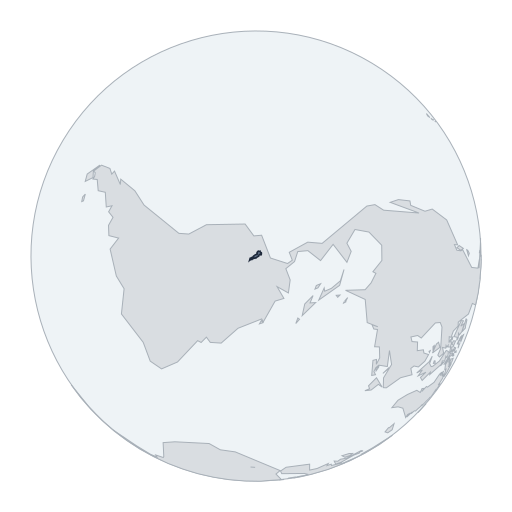 Putumayo highlighted on a globe, orthographic projection, rotated 121°
{"feature_id": "COL-1407", "entity_name": "Putumayo", "entity_type": "Intendancy", "adm_level": 1, "iso_a3": "COL", "parent_name": "Colombia", "parent_adm1": "", "projection": "orthographic", "projection_center": [-75.67, 0.437], "detail": "fine", "context": "on_globe", "style": "filled", "palette": "slate", "viewbox_px": 512, "rotation_deg": 121, "n_neighbors": 0, "source": "natural_earth", "source_scale": "10m", "svg_char_len": 8956}
<svg xmlns="http://www.w3.org/2000/svg" viewBox="0 0 512 512"><g transform="rotate(121 256 256)"><circle cx="256" cy="256" r="225" fill="#eef3f6" stroke="#a8b0b8"/><path d="M163.7,50.5L165.0,50.1L172.9,46.6L184.9,42.6L185.2,46.1L196.3,44.0L208.5,48.6L211.9,46.7L218.7,48.2L225.2,46.9L225.6,48.8L230.4,46.2L228.8,44.7L230.3,43.3L234.0,42.6L235.1,44.6L233.5,45.3L235.7,45.6L234.8,47.0L237.3,45.9L238.3,49.0L242.7,45.1L248.1,46.8L247.3,49.1L240.3,50.0L221.1,60.0L218.1,63.8L221.0,67.8L241.2,72.1L240.9,76.5L245.6,81.5L249.0,78.2L246.5,73.2L254.1,69.0L250.2,64.2L252.7,62.1L251.6,57.3L259.3,57.1L267.5,59.7L268.9,63.9L272.6,65.4L277.4,61.1L285.9,69.4L301.9,76.4L303.3,79.1L294.8,83.9L279.2,83.9L268.3,92.9L283.1,86.5L286.3,94.5L290.0,95.8L294.3,95.4L296.2,92.4L298.8,95.3L285.2,102.0L282.6,99.4L286.9,97.1L279.6,97.5L270.4,103.4L272.7,107.6L256.4,114.0L257.9,117.4L255.2,121.1L253.9,115.1L255.8,126.4L237.0,140.0L239.3,161.6L228.7,145.1L219.8,143.5L209.1,144.3L209.3,147.7L195.0,145.8L182.0,153.8L177.3,171.5L182.3,184.8L198.2,184.7L203.0,176.8L214.6,174.8L206.3,195.9L226.7,198.3L224.7,214.3L230.7,222.5L240.9,220.1L251.5,223.9L258.9,214.4L271.0,209.2L271.4,222.2L278.0,210.2L284.8,216.4L308.8,215.8L307.0,218.7L327.2,234.2L348.6,241.0L353.6,250.7L351.1,256.7L358.4,258.5L358.6,262.4L387.3,268.7L401.4,278.8L400.6,292.5L388.1,308.2L375.0,341.5L352.0,352.2L345.1,365.4L325.2,384.6L311.4,383.0L314.3,392.6L305.7,398.2L296.5,398.5L294.0,405.1L287.1,405.3L291.1,409.6L279.0,418.0L281.3,424.9L272.2,431.5L274.0,435.4L270.9,435.3L267.4,436.7L266.8,438.9L257.7,435.2L256.2,426.3L260.1,421.8L256.1,421.0L264.6,409.1L259.8,411.5L262.5,393.4L270.0,378.2L276.3,333.8L271.8,324.9L254.7,314.6L234.2,281.8L239.9,268.2L235.3,261.9L250.3,242.6L246.2,225.1L240.9,222.7L235.7,229.4L217.5,218.8L211.1,205.8L156.1,186.7L150.7,180.5L151.0,170.2L135.2,138.4L140.9,168.6L134.3,163.0L129.5,152.4L132.9,149.5L130.6,134.2L125.0,129.1L126.9,111.1L142.6,88.9L144.0,91.8L147.6,86.8L146.1,83.1L144.2,82.0L154.7,65.2L152.1,59.5L143.9,62.8L151.5,58.6L131.0,69.4L124.9,72.8L136.3,66.0L141.0,63.2L139.1,63.6L143.5,61.0L145.1,59.9L150.5,57.0L156.8,54.0L160.4,52.2L158.8,52.8L161.2,51.6L163.7,50.5ZM46.1,183.3L47.8,178.2L47.5,181.1L46.1,183.3ZM48.3,175.5L47.8,177.1L48.1,175.8L48.3,175.5ZM48.3,174.7L48.3,175.3L48.0,175.1L48.3,174.7ZM47.9,174.3L48.2,174.3L48.1,174.5L47.9,174.3ZM238.1,169.2L261.5,179.5L248.3,181.1L250.8,179.0L244.9,174.7L233.8,170.9L222.2,173.6L238.1,169.2ZM48.2,172.2L48.3,171.5L48.7,171.0L48.2,172.2ZM248.4,156.7L244.4,156.0L248.4,155.8L248.4,156.7ZM142.7,82.2L145.6,83.4L145.4,88.0L142.4,87.2L142.7,82.2ZM143.8,74.6L146.4,74.0L142.1,78.6L142.0,77.5L143.8,74.6ZM137.1,66.3L138.6,66.0L135.6,67.3L137.1,66.3ZM144.3,60.4L142.5,61.4L142.8,61.2L144.3,60.4ZM247.4,57.9L249.4,57.6L248.6,58.6L247.4,57.9ZM244.9,56.2L242.5,57.6L240.9,57.1L242.5,56.2L244.9,56.2ZM248.3,54.8L238.5,56.0L235.9,55.1L239.6,51.3L248.3,54.8ZM226.7,44.7L228.6,46.1L223.6,45.7L226.7,44.7ZM223.1,44.8L205.7,46.8L204.7,44.8L210.7,44.3L206.7,42.7L214.8,40.6L218.8,41.0L217.9,42.6L221.7,40.7L223.1,44.8ZM230.5,42.7L227.1,43.1L226.0,41.2L232.7,40.2L230.9,41.0L230.5,42.7ZM201.7,43.5L202.1,42.3L208.8,40.1L209.8,39.4L214.9,40.4L201.7,43.5ZM233.0,41.1L236.1,39.8L240.0,40.1L233.8,42.2L233.0,41.1ZM222.9,41.3L222.7,40.5L225.0,40.5L222.9,41.3ZM255.3,41.3L251.2,41.3L250.3,40.3L255.3,41.3ZM237.0,39.3L235.7,39.2L234.9,38.9L237.7,38.2L237.0,39.3ZM219.3,39.0L222.0,38.6L217.5,38.5L222.3,37.3L224.9,38.3L225.8,37.3L227.3,37.0L227.7,38.3L219.3,39.0ZM238.0,36.7L242.9,38.2L250.7,38.1L251.7,38.9L239.0,39.0L238.0,36.7ZM231.9,37.5L235.9,37.1L235.2,38.1L232.0,38.9L231.9,37.5ZM224.7,36.2L216.6,37.8L216.3,37.6L224.7,36.2ZM240.4,36.4L239.2,36.1L241.1,36.3L240.4,36.4ZM229.7,35.9L226.9,36.4L226.6,36.2L229.7,35.9ZM239.0,35.3L240.6,35.6L238.5,36.1L239.0,35.3ZM234.9,35.4L235.2,34.9L236.8,36.1L233.7,35.6L234.9,35.4ZM229.9,35.6L228.8,35.6L231.1,35.5L229.9,35.6ZM246.1,33.6L248.7,34.9L244.0,35.8L242.2,34.3L246.1,33.6ZM272.7,442.9L258.4,436.6L266.5,439.4L272.7,436.1L280.0,440.8L272.7,442.9ZM290.8,434.2L297.6,432.3L299.1,433.4L294.7,435.0L290.8,434.2ZM415.8,97.3L413.2,94.7L417.7,99.3L421.4,103.1L427.1,109.5L416.3,98.6L417.4,102.4L429.3,121.8L427.7,124.2L421.6,121.4L406.8,102.8L411.9,99.8L406.7,94.2L396.7,87.2L399.1,87.2L395.7,84.3L396.7,83.4L389.4,76.0L389.1,75.0L377.7,66.9L376.0,65.6L383.3,70.5L388.2,73.8L387.5,73.1L402.2,84.6L415.8,97.3ZM382.3,69.5L384.0,70.7L370.2,62.0L372.1,63.9L360.5,57.3L339.3,46.7L354.2,53.2L368.6,60.9L382.3,69.5ZM461.6,348.1L471.6,320.7L476.3,303.0L478.7,289.6L480.2,260.5L480.3,244.1L479.3,237.4L478.2,239.5L476.5,231.7L475.3,231.8L463.8,239.5L457.0,229.8L440.9,199.6L440.5,186.8L434.6,172.9L427.5,124.8L432.6,126.6L434.5,119.4L435.9,120.8L442.8,130.8L446.7,136.0L454.6,149.7L461.6,163.9L467.5,178.5L472.5,193.6L476.3,208.9L479.1,224.5L480.7,240.2L481.3,256.0L480.7,271.8L479.1,287.5L476.3,303.1L472.5,318.4L467.6,333.4L461.6,348.1ZM437.6,147.9L439.7,152.0L437.6,147.9ZM309.5,215.6L312.4,218.1L308.6,218.2L309.5,215.6ZM246.5,186.3L251.4,186.5L254.0,188.4L250.2,189.1L246.5,186.3ZM287.8,186.1L293.4,187.1L287.6,188.2L287.8,186.1ZM265.2,180.9L283.3,185.7L272.0,189.5L260.5,186.7L268.4,185.5L265.2,180.9ZM246.2,163.9L249.3,164.7L248.4,167.0L246.2,163.9ZM251.3,156.7L250.1,156.9L248.6,155.1L251.3,156.7ZM287.0,94.0L288.2,93.6L292.7,93.9L290.7,95.2L287.0,94.0ZM311.6,88.3L315.4,93.3L311.3,90.3L309.3,92.7L298.3,90.0L303.4,80.4L303.0,85.0L311.6,88.3ZM284.9,84.6L291.3,86.8L284.1,84.8L284.9,84.6ZM375.5,71.5L378.8,72.8L382.7,76.1L382.9,79.4L377.3,74.4L375.5,71.5ZM382.5,74.1L368.7,65.7L367.9,63.9L370.7,66.2L371.6,65.9L376.3,69.6L389.1,76.9L393.3,80.5L391.5,83.4L389.8,80.2L386.7,78.9L382.5,74.1ZM334.6,53.3L328.6,51.3L334.8,49.8L339.7,52.0L340.3,54.8L334.9,54.0L334.6,53.3ZM256.7,48.6L254.0,49.2L253.7,48.4L255.7,47.3L256.7,48.6ZM253.5,41.4L268.1,46.0L265.8,46.7L277.1,49.5L275.4,52.5L268.1,50.5L275.3,55.3L267.9,54.7L273.5,58.0L257.4,53.1L251.1,53.3L258.8,51.8L260.6,48.9L259.5,47.7L251.6,44.7L239.0,44.3L238.7,42.0L241.9,40.4L244.9,40.1L244.1,41.6L248.7,40.2L249.9,42.2L253.5,41.4ZM279.3,32.7L277.2,33.0L286.5,33.4L287.7,34.2L288.7,34.2L292.4,35.2L298.6,36.7L298.1,37.1L300.8,37.6L303.3,38.5L306.7,39.4L307.1,40.5L311.3,41.8L309.0,41.7L316.3,43.8L311.1,42.8L313.8,44.4L317.4,44.5L310.8,51.7L312.1,56.5L316.0,61.4L306.5,60.0L296.8,54.9L288.3,49.0L288.4,44.9L284.1,45.4L282.9,43.8L286.8,44.1L280.1,42.7L280.1,41.5L272.6,38.3L262.8,37.8L259.8,36.9L263.6,36.5L257.9,36.0L263.2,34.9L261.1,34.4L264.3,33.1L272.9,33.3L270.0,32.8L272.2,32.3L279.3,32.7ZM247.3,33.2L257.3,32.5L262.9,32.8L255.1,34.9L256.2,35.6L251.4,37.7L243.4,37.4L245.5,36.7L245.7,36.1L248.1,36.4L246.3,35.7L249.2,34.9L248.6,34.3L252.0,34.1L247.3,33.2ZM436.2,120.8L433.1,117.0L433.4,117.2L433.2,116.9L436.2,120.8ZM425.2,108.5L424.8,107.7L430.1,113.8L429.7,113.8L425.2,108.5ZM420.1,102.4L424.4,107.2L421.9,104.6L420.1,102.4ZM382.5,69.8L381.5,69.0L383.2,70.1L385.8,72.0L382.5,69.8ZM306.8,36.5L305.2,36.2L303.9,35.9L296.4,34.4L294.9,34.1L306.8,36.5Z" fill="#d9dde1" stroke="#a8b0b8" stroke-width="1"/><path d="M254.0,256.1L253.9,256.1L253.7,256.1L253.6,255.9L253.4,256.0L253.2,256.1L253.1,256.5L253.0,256.8L252.6,256.8L252.4,256.8L252.3,256.7L252.2,256.7L251.9,256.6L251.8,256.8L251.6,256.7L251.3,256.8L251.2,256.8L251.1,256.7L250.9,256.6L250.7,256.6L250.4,256.3L250.4,256.2L250.4,255.9L250.3,255.6L250.3,255.4L250.2,255.3L250.0,255.1L249.8,255.0L249.9,254.9L250.2,254.6L250.3,254.4L250.4,254.2L250.6,253.8L250.7,253.7L250.4,253.5L250.4,253.3L250.4,253.1L250.5,253.0L250.8,252.9L250.9,252.7L251.0,252.7L251.6,252.6L251.8,252.5L251.9,252.4L252.1,252.1L252.3,252.1L252.5,252.3L252.6,252.5L252.7,252.8L252.6,253.0L252.6,253.3L252.6,253.5L252.8,253.7L253.0,253.8L253.3,253.9L253.9,253.9L254.0,253.9L254.2,253.7L254.3,253.8L254.4,253.7L254.5,253.6L254.8,253.7L255.0,253.7L255.0,253.8L255.1,254.0L255.3,254.2L255.4,254.3L255.5,254.3L255.8,254.4L256.1,254.4L256.3,254.4L256.4,254.5L256.7,254.7L256.8,254.8L257.2,254.8L257.4,254.8L257.5,254.8L257.6,255.0L257.8,255.2L257.8,255.3L257.8,255.5L257.9,255.8L258.0,255.8L258.2,255.7L258.3,255.7L258.3,255.8L258.5,255.8L258.7,256.0L258.7,256.3L258.7,256.5L258.8,256.6L259.2,256.8L259.6,256.9L259.8,257.0L259.9,257.3L259.9,257.5L260.0,257.5L259.9,257.6L259.9,257.8L260.0,257.9L260.1,258.0L260.1,257.9L260.1,258.0L260.3,258.2L260.5,258.2L260.8,258.2L261.0,258.1L261.3,258.2L261.4,258.3L261.5,258.3L261.5,258.5L261.8,258.6L262.0,258.7L262.4,258.9L262.5,259.0L262.8,259.2L263.1,259.3L260.9,259.9L260.7,259.7L260.4,259.4L260.2,259.3L260.1,259.1L259.9,259.1L259.7,259.0L259.5,258.9L259.5,258.5L259.4,258.5L259.3,258.4L259.2,258.6L258.9,258.5L258.6,258.3L258.4,258.2L258.2,258.0L258.2,257.9L257.9,257.8L257.7,257.9L257.7,258.0L257.4,258.1L257.2,258.0L256.9,257.9L256.6,257.7L256.4,257.6L256.2,257.5L256.2,257.4L255.8,257.4L255.7,257.4L255.4,257.3L255.3,257.2L255.2,257.2L254.9,256.9L254.8,256.7L254.5,256.4L254.4,256.3L254.2,256.3L254.2,256.2L254.0,256.1Z" fill="#64748b" stroke="#1e293b" stroke-width="1.5"/></g></svg>